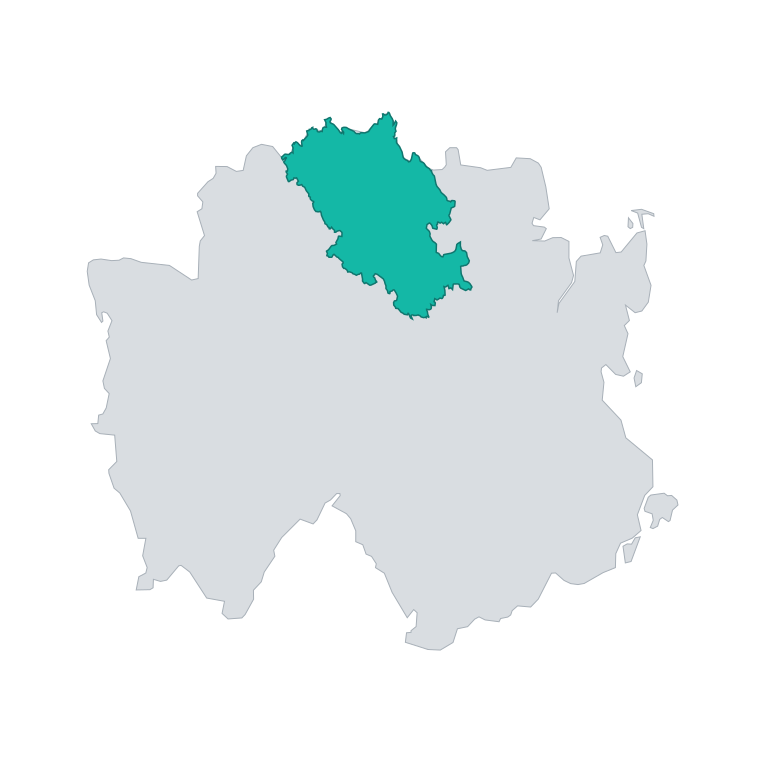 where Nordrhein-Westfalen sits in Germany, rotated 80°
{"feature_id": "DEU-1572", "entity_name": "Nordrhein-Westfalen", "entity_type": "State", "adm_level": 1, "iso_a3": "DEU", "parent_name": "Germany", "parent_adm1": "", "projection": "natural_earth1", "projection_center": [7.941, 51.424], "detail": "fine", "context": "in_parent", "style": "filled", "palette": "teal", "viewbox_px": 768, "rotation_deg": 80, "n_neighbors": 0, "source": "natural_earth", "source_scale": "10m", "svg_char_len": 9834}
<svg xmlns="http://www.w3.org/2000/svg" viewBox="0 0 768 768"><g transform="rotate(80 384 384)"><path d="M332.1,660.3L311.4,649.0L293.1,650.1L290.1,646.4L283.9,646.7L274.4,640.9L266.2,644.3L264.2,647.6L264.8,649.6L273.2,649.9L274.3,651.5L265.8,655.0L251.8,653.9L235.4,657.2L221.5,656.7L213.4,653.9L211.3,648.7L211.8,641.0L215.2,630.8L216.1,623.4L214.6,618.6L216.6,611.5L222.0,602.0L230.0,574.7L248.2,555.4L247.9,548.7L216.4,542.0L211.2,540.1L206.7,535.0L181.9,538.1L179.8,532.9L173.2,530.8L166.3,534.9L163.8,534.4L154.2,522.2L151.8,516.5L147.3,512.8L140.5,512.0L142.6,500.8L149.0,492.5L149.2,485.6L135.4,479.9L128.5,472.1L126.7,463.0L130.8,452.4L142.2,446.1L140.8,435.7L131.2,430.3L130.6,428.6L134.7,424.7L120.4,413.0L123.7,401.2L121.3,397.8L114.6,395.2L112.5,391.7L117.3,390.9L128.7,382.8L129.1,381.5L125.9,380.3L125.6,377.0L133.0,359.8L132.7,356.9L126.7,348.5L126.6,345.6L118.4,336.2L118.4,333.1L131.4,327.2L142.5,331.5L146.6,328.9L152.1,329.2L165.4,324.9L169.0,319.7L163.9,315.5L164.4,312.1L179.4,302.7L181.9,298.1L182.9,289.5L180.9,286.5L178.9,284.6L166.0,283.1L162.7,278.1L163.9,271.5L166.1,270.3L181.6,270.4L187.8,251.3L191.5,245.3L192.7,221.5L184.3,214.5L187.5,200.9L193.3,193.6L197.9,191.6L218.0,190.4L240.2,190.9L249.4,201.9L246.0,207.6L251.4,210.3L254.0,209.3L257.3,198.9L259.2,197.2L268.5,204.1L268.6,213.1L271.1,200.9L269.2,192.4L270.5,184.1L275.7,177.1L292.0,180.0L310.0,178.5L316.8,181.7L332.3,197.7L343.9,201.1L335.0,197.7L316.2,178.3L296.7,173.3L292.3,167.7L292.4,148.3L285.0,144.4L277.1,145.7L276.0,141.3L277.3,138.0L294.9,132.8L295.2,127.5L279.2,108.7L278.4,100.3L291.9,100.8L308.3,104.7L312.4,107.5L333.2,103.9L349.3,109.5L356.9,117.4L357.4,124.3L348.2,132.5L364.1,131.3L368.2,137.2L376.8,135.0L398.5,144.1L414.8,139.4L417.9,146.8L414.8,154.2L403.4,162.1L406.0,167.0L409.7,168.1L420.5,167.1L437.8,171.9L460.7,156.9L479.0,155.2L505.4,132.8L531.9,137.0L539.0,146.6L556.8,157.2L572.9,156.3L578.9,166.3L581.8,178.7L591.3,185.2L605.0,188.0L607.8,201.0L615.2,221.5L615.2,227.8L613.0,234.8L608.7,240.8L599.9,247.8L599.4,251.9L622.6,269.4L629.1,278.3L625.7,291.0L629.5,297.2L633.4,299.3L635.0,302.5L635.2,309.9L638.1,312.0L633.9,325.4L629.8,330.9L631.3,335.5L637.5,343.8L637.8,354.2L650.5,360.9L655.8,374.8L653.1,386.8L642.1,407.8L632.9,405.0L633.3,400.5L631.6,400.2L628.5,394.5L615.0,391.1L611.3,393.9L618.2,401.7L590.6,412.2L570.4,416.5L563.4,424.3L559.7,422.8L551.6,426.2L548.4,431.2L538.6,432.8L534.4,439.2L523.7,437.3L510.9,440.2L505.2,443.5L495.0,456.3L486.3,446.5L484.2,446.5L483.7,449.7L488.9,456.8L491.0,462.7L506.2,473.6L509.5,478.1L502.5,490.1L517.4,511.4L528.5,521.5L534.7,521.4L548.4,534.6L557.5,539.2L564.4,548.4L573.3,549.8L586.9,560.8L589.7,564.6L588.3,578.4L581.8,583.3L570.3,578.8L564.0,595.8L535.5,607.9L527.4,615.3L527.4,617.7L539.4,632.0L539.6,638.4L536.3,645.0L544.6,646.8L545.9,650.2L543.8,663.8L531.2,658.9L528.8,651.4L523.6,649.1L511.3,651.5L494.6,645.3L493.3,652.9L465.0,655.7L445.5,663.1L439.8,667.9L424.3,670.4L420.6,670.0L413.9,660.6L387.6,658.1L383.5,672.5L380.1,676.5L372.3,679.2L373.3,672.7L365.1,670.4L364.7,666.1L359.3,661.7L345.7,656.3L339.8,660.1L332.1,660.3ZM571.5,139.2L573.1,144.2L571.6,146.7L565.0,142.5L558.4,142.5L554.7,149.1L551.7,149.4L541.4,143.4L539.7,140.5L540.2,127.1L543.3,124.2L543.7,120.1L549.2,115.7L554.2,115.5L558.3,121.8L568.1,126.0L568.9,127.8L563.8,133.1L565.2,136.0L571.5,139.2ZM601.7,171.5L602.1,177.4L585.3,176.8L583.7,172.3L584.7,168.0L579.1,163.3L579.0,158.2L601.7,171.5ZM259.7,104.5L256.1,110.5L256.7,100.0L263.1,88.8L265.7,89.0L262.2,94.2L261.6,100.6L276.1,101.2L274.4,103.2L259.7,104.5ZM430.4,136.5L421.5,136.7L414.6,132.9L418.8,127.9L427.4,130.3L430.4,136.5ZM273.7,114.5L271.5,116.4L262.8,114.4L269.2,111.0L272.9,111.9L273.7,114.5Z" fill="#d9dde1" stroke="#a8b0b8" stroke-width="1"/><path d="M167.2,310.0L170.7,309.7L171.4,309.1L172.8,307.0L173.9,306.1L176.4,305.2L177.6,304.4L179.7,302.0L182.3,300.8L182.4,300.4L182.3,300.2L183.9,300.2L186.3,299.4L187.9,298.3L196.0,298.1L198.5,297.6L202.4,295.3L205.3,294.5L208.3,292.0L211.0,290.2L212.2,290.0L213.9,290.1L214.7,289.3L215.6,287.2L216.2,286.8L215.8,286.1L215.3,285.9L215.1,285.2L215.8,282.8L216.2,282.4L216.7,282.3L221.2,283.5L221.7,284.4L222.3,287.2L228.0,289.8L228.8,290.6L229.6,290.8L233.5,289.6L234.1,289.7L236.3,291.9L237.9,294.2L238.1,294.6L237.9,294.8L235.5,295.3L235.7,296.2L236.5,297.5L234.7,299.2L235.3,300.8L233.8,302.7L234.2,303.2L235.8,303.5L236.1,304.3L236.6,304.6L239.1,304.4L240.5,304.9L240.7,305.3L239.1,308.9L236.6,309.2L235.1,309.8L233.4,311.0L233.3,311.4L234.5,314.0L238.1,315.3L241.0,313.2L241.9,312.8L244.1,312.5L246.2,313.2L250.4,311.9L252.2,310.9L253.5,309.4L255.4,308.1L263.3,309.7L263.7,309.4L264.8,307.5L267.7,306.0L268.7,304.9L269.0,303.9L267.0,302.7L266.9,302.0L266.8,295.2L266.2,292.6L265.6,291.5L264.9,290.5L263.2,289.5L259.3,288.1L258.6,287.2L257.4,284.1L261.3,284.8L264.6,284.5L266.0,283.8L266.4,283.3L267.0,281.2L268.9,279.9L273.0,279.9L277.5,278.6L279.5,279.6L281.1,281.9L281.3,283.1L281.2,284.8L281.5,285.5L281.3,287.4L281.5,288.1L288.4,288.8L290.3,288.6L292.3,288.0L296.3,287.3L296.7,286.7L297.6,284.6L298.5,283.2L300.0,282.0L303.3,280.6L303.9,280.6L305.2,281.8L306.4,282.3L306.0,283.4L305.0,284.1L306.1,287.3L302.9,291.8L301.5,292.5L299.0,292.6L298.3,293.8L297.6,297.9L297.8,298.5L302.9,300.1L301.1,301.3L300.9,301.7L301.3,302.7L301.3,303.5L299.8,303.5L297.9,303.9L299.1,306.4L299.1,306.9L298.5,308.0L302.4,307.8L307.1,308.4L307.3,308.7L307.0,310.0L309.1,311.0L309.8,311.8L309.9,312.2L309.1,313.9L310.4,316.9L310.3,317.5L309.2,318.4L309.1,318.9L308.8,319.2L311.7,320.4L311.9,320.3L312.2,319.7L313.1,319.4L315.6,320.2L315.0,322.9L313.8,324.1L316.6,324.0L318.0,324.5L318.5,325.3L318.7,326.2L318.6,327.1L317.8,329.1L318.4,329.2L320.4,328.7L323.0,328.8L325.7,328.2L326.0,328.4L324.8,330.2L325.0,330.7L326.1,331.0L325.5,331.7L325.5,333.5L324.4,335.8L322.8,336.9L322.5,337.7L321.9,338.3L322.1,340.8L321.7,341.7L321.9,342.6L321.0,343.5L320.9,344.2L320.9,344.9L321.3,345.4L322.1,345.4L324.9,344.8L323.6,346.4L319.3,347.5L318.6,348.0L319.9,349.0L318.8,352.0L317.3,353.3L316.4,354.7L312.2,357.0L311.5,359.3L310.4,359.4L308.0,360.7L305.4,360.4L304.0,359.3L304.0,358.1L303.9,357.3L303.6,356.9L299.8,355.4L296.4,356.3L293.4,357.5L293.0,357.8L292.9,358.6L293.8,359.8L294.0,362.0L295.5,362.3L296.0,362.7L295.5,363.9L295.1,364.3L292.6,364.4L290.4,365.5L287.6,365.0L285.5,365.5L282.8,365.7L280.1,366.5L279.6,367.3L278.5,367.9L278.1,368.6L274.9,371.5L273.8,373.5L274.9,374.4L275.4,375.5L276.3,375.8L276.9,375.6L277.6,374.8L280.4,374.3L281.9,373.4L282.6,373.6L282.4,374.6L283.1,375.0L284.3,379.5L284.3,380.5L284.2,380.9L281.0,384.1L281.7,385.4L281.6,385.9L278.9,387.3L276.9,386.9L270.9,386.9L270.6,387.5L271.6,389.2L271.5,390.2L272.1,392.4L271.0,393.6L270.0,395.5L268.9,396.1L267.6,398.3L267.4,400.3L266.1,400.4L265.1,400.9L263.3,402.5L263.2,403.5L261.4,404.5L258.7,404.5L257.7,403.2L256.6,403.2L252.6,406.5L251.4,407.1L250.8,408.3L247.6,410.7L247.7,411.1L248.1,411.4L248.2,412.0L249.7,412.9L250.1,413.6L249.6,416.2L248.4,416.8L247.7,418.0L245.4,417.0L243.5,417.6L243.1,417.5L242.7,416.3L241.7,414.8L239.2,412.2L238.6,411.2L238.8,409.0L237.9,406.4L236.3,406.8L232.9,404.1L230.6,403.2L230.5,402.7L231.4,399.9L227.9,399.1L227.1,399.3L225.3,400.7L225.1,401.6L225.4,403.8L226.1,405.0L226.1,405.9L225.9,406.4L224.1,406.0L222.6,407.3L220.4,408.4L221.8,409.8L221.8,410.6L221.5,411.1L220.5,410.8L219.6,411.9L217.0,412.8L215.9,414.3L214.2,414.2L211.9,415.2L206.9,416.3L204.7,416.2L203.2,416.5L202.8,416.9L203.1,417.3L203.0,419.2L202.5,420.1L202.4,421.0L200.4,422.2L197.0,423.0L193.6,422.8L193.0,421.8L192.0,421.6L191.2,423.0L189.4,424.3L188.7,424.5L187.2,424.1L186.4,425.3L185.7,425.5L183.8,425.0L180.1,427.0L176.5,427.9L175.0,429.8L173.3,430.4L173.6,432.3L173.4,433.8L172.6,434.9L171.8,435.0L170.6,434.7L169.4,433.1L165.8,434.3L165.9,435.5L165.4,436.9L166.9,437.8L167.1,440.2L168.1,442.0L168.2,442.5L168.0,443.0L163.3,444.1L162.3,444.0L160.5,442.5L158.4,443.5L157.7,443.5L157.3,443.3L157.7,442.5L157.6,442.2L155.4,441.4L151.9,442.1L149.1,443.8L147.8,444.2L147.0,442.8L145.6,442.1L144.7,441.0L144.2,440.9L143.8,441.4L143.8,441.8L145.9,444.7L144.2,445.5L142.7,445.5L142.7,445.0L140.6,442.1L140.5,441.2L141.4,438.4L141.4,437.1L140.8,436.8L140.3,436.1L139.8,434.6L140.0,434.0L140.6,433.5L137.0,433.0L135.8,432.5L132.9,433.1L131.4,431.5L131.9,430.9L130.7,430.7L130.7,430.3L131.1,429.7L130.2,428.7L131.3,427.3L134.5,425.4L135.6,423.8L135.5,423.3L131.4,423.2L130.1,422.7L129.5,421.6L130.2,421.2L126.7,416.7L125.5,415.8L121.4,416.2L121.2,415.5L121.4,414.0L120.3,413.4L120.6,412.0L119.1,410.6L118.9,409.6L119.8,409.8L120.7,409.2L121.0,408.2L120.8,406.9L121.3,406.1L122.2,405.8L123.5,405.8L124.2,405.2L124.6,403.8L124.1,402.3L124.6,401.0L122.7,400.5L120.9,399.4L120.6,397.7L121.2,396.4L121.1,396.0L119.0,396.2L116.6,395.7L113.4,396.6L113.4,394.7L112.5,392.5L112.2,390.8L113.8,390.0L114.7,390.4L116.2,391.7L117.2,391.6L118.0,391.0L119.1,389.1L119.9,388.3L125.5,384.9L128.9,383.4L129.8,382.4L128.5,381.5L130.4,380.4L129.0,380.0L126.0,381.6L124.6,381.0L124.2,379.6L124.4,377.9L124.9,376.4L126.8,374.3L129.9,369.8L132.0,368.5L132.6,367.8L133.1,365.2L133.5,364.6L132.6,363.7L132.7,362.3L133.4,359.2L132.7,355.3L130.3,353.1L126.4,348.8L126.2,347.9L127.2,345.1L123.2,343.7L121.9,342.3L122.7,340.2L122.1,339.7L120.1,338.6L117.8,338.5L117.9,337.7L119.2,336.6L119.3,335.1L118.6,333.6L117.2,332.8L117.4,332.1L118.4,331.6L120.8,331.2L124.1,329.8L126.5,329.3L130.7,330.1L129.9,329.1L127.0,326.9L129.0,326.0L130.9,326.7L132.8,327.9L134.8,328.6L137.2,328.3L138.5,329.8L140.8,330.1L141.7,330.5L141.9,331.7L144.1,331.2L144.3,330.5L143.9,328.8L147.7,329.7L148.9,329.7L152.8,327.5L158.7,325.9L163.9,325.8L165.5,325.1L166.9,323.8L168.2,321.9L169.5,321.2L169.4,319.7L167.6,318.1L161.5,315.6L161.4,314.4L161.8,313.6L163.6,313.1L164.9,311.2L165.9,310.4L167.2,310.0Z" fill="#14b8a6" stroke="#0f766e" stroke-width="1.5"/></g></svg>